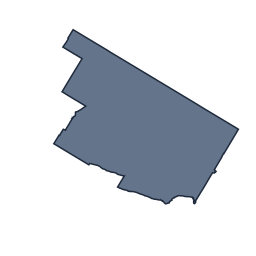 the district of Mount Remarkable, South Australia, Australia, rotated 301°
{"feature_id": "25037944B97955965068321", "entity_name": "Mount Remarkable", "entity_type": "district", "adm_level": 2, "iso_a3": "AUS", "parent_name": "Australia", "parent_adm1": "South Australia", "projection": "mercator", "projection_center": [138.036, -32.718], "detail": "fine", "context": "isolated", "style": "filled", "palette": "slate", "viewbox_px": 256, "rotation_deg": 301, "n_neighbors": 0, "source": "geoboundaries", "source_scale": "gbopen_adm2", "svg_char_len": 4645}
<svg xmlns="http://www.w3.org/2000/svg" viewBox="0 0 256 256"><g transform="rotate(301 128 128)"><path d="M76.3,72.5L76.3,113.4L77.9,113.4L80.4,121.7L80.4,121.9L80.4,122.1L80.5,123.6L80.5,123.8L80.4,124.2L80.1,126.4L80.0,126.9L80.0,127.1L80.1,127.5L80.5,129.2L80.6,129.6L80.6,129.9L80.6,130.2L80.5,131.0L80.4,131.3L80.4,131.6L80.5,131.8L80.5,132.1L80.6,132.3L81.1,133.6L81.2,134.0L81.3,134.2L81.3,134.4L81.3,135.4L81.4,135.6L81.4,135.9L83.0,139.8L83.1,140.1L83.2,140.4L83.2,140.7L83.0,142.9L83.0,143.2L83.1,143.4L84.5,148.4L84.8,148.9L85.1,149.5L72.0,149.5L72.1,150.1L72.1,150.7L72.2,151.4L72.3,151.8L72.2,152.1L72.2,152.3L72.4,152.7L72.5,153.4L72.5,153.6L72.6,153.8L72.6,154.6L72.8,155.4L72.9,155.7L73.0,155.8L72.9,156.0L73.1,156.5L73.3,157.2L73.6,157.8L73.8,158.1L73.8,158.4L73.9,158.6L74.0,159.3L74.0,159.6L73.9,160.5L74.1,161.3L74.2,161.5L74.3,161.5L74.7,161.9L74.9,162.2L74.9,162.3L74.8,162.2L74.6,162.0L74.6,162.3L74.7,162.6L74.9,163.0L75.0,163.2L75.1,163.3L75.3,163.6L75.5,163.9L75.6,164.2L75.7,164.3L75.9,164.7L76.0,164.9L76.3,165.7L76.6,166.5L76.8,167.1L77.0,167.9L77.1,168.4L77.2,168.8L77.3,169.6L77.5,170.0L77.5,170.5L77.6,171.1L77.6,171.6L77.6,171.9L77.6,172.0L77.7,172.3L77.9,172.8L78.0,173.6L78.2,174.0L78.2,174.3L78.3,174.6L78.3,174.8L78.4,175.0L78.5,175.5L78.6,175.9L78.6,176.8L78.6,177.0L78.6,177.5L78.7,177.8L78.8,178.0L79.1,178.8L79.3,179.7L79.5,180.2L79.5,180.8L79.5,181.3L79.6,181.7L79.6,182.0L79.8,182.7L79.8,183.5L79.7,184.0L79.8,184.6L79.8,184.8L80.1,185.4L80.2,185.6L80.2,185.9L80.3,186.3L80.5,187.0L80.6,187.3L80.7,187.5L81.0,188.3L81.6,189.4L81.7,189.7L81.7,190.1L81.9,190.3L82.0,190.6L82.1,191.1L82.2,191.3L82.2,191.5L82.3,191.7L82.6,192.1L82.9,192.8L83.0,193.0L83.3,193.0L83.2,193.3L83.1,193.5L83.1,194.1L83.0,194.5L83.0,194.9L83.0,195.0L83.3,194.9L83.5,194.9L83.5,195.0L83.4,195.4L83.2,195.8L83.1,196.1L83.0,196.4L82.9,196.8L82.9,197.0L82.9,197.3L82.7,197.5L82.5,197.8L82.5,198.1L82.5,198.4L82.4,198.7L82.3,199.0L82.4,199.3L82.8,199.8L83.0,200.0L83.3,200.2L83.6,200.5L83.9,200.7L84.1,200.9L84.2,201.0L84.3,201.0L84.5,201.2L84.6,201.4L84.8,201.6L84.9,201.8L85.2,201.9L85.3,201.9L85.5,201.8L85.7,201.7L85.8,201.7L86.1,201.5L86.4,201.6L87.1,201.9L87.4,202.1L87.5,202.2L87.8,202.2L88.3,202.5L88.7,202.6L88.8,202.7L89.0,202.3L89.2,202.2L89.4,202.2L89.5,202.3L89.8,202.3L90.0,202.4L90.5,202.7L90.8,202.8L91.3,203.0L91.6,203.3L92.0,203.6L92.1,203.4L92.3,203.4L92.6,203.6L93.0,203.9L93.2,204.1L93.3,204.2L94.1,204.7L94.2,204.9L94.3,204.9L94.4,205.0L94.5,205.1L94.7,205.3L95.0,205.6L94.8,205.4L94.7,205.2L94.9,205.4L95.0,205.4L95.2,205.5L95.3,205.5L95.5,205.7L95.7,205.8L96.0,206.2L96.2,206.5L96.3,206.7L96.5,207.0L96.6,207.3L96.8,207.6L97.0,208.2L97.1,208.3L97.4,208.7L97.5,208.9L97.5,209.0L97.7,209.4L98.1,210.1L98.2,210.3L98.4,211.0L98.6,211.8L98.6,212.1L99.3,213.4L99.4,213.7L99.8,214.2L100.0,214.7L100.1,215.0L100.3,215.3L100.5,215.7L100.7,216.0L101.1,216.8L101.2,217.1L101.3,217.6L101.4,218.0L101.5,218.4L101.6,218.6L101.8,218.7L101.9,218.9L101.9,219.2L101.9,219.5L101.9,219.8L101.7,220.1L101.6,220.3L101.4,220.3L101.2,220.1L100.9,220.0L100.8,220.5L100.9,220.8L100.8,221.0L100.7,221.0L100.4,221.1L100.1,221.4L99.9,221.5L99.8,221.9L100.0,222.2L100.2,222.5L100.5,222.8L100.3,222.8L100.1,222.8L99.9,222.7L99.7,222.4L99.2,222.3L99.0,222.2L98.8,222.1L98.7,222.1L98.4,222.3L98.0,222.6L97.8,222.8L97.5,223.0L97.4,223.1L97.4,223.4L97.5,223.7L97.5,223.8L97.4,223.9L97.5,224.0L97.9,224.0L98.1,224.1L98.5,224.3L98.9,224.3L99.2,224.2L99.4,224.1L99.5,224.0L99.7,223.9L99.5,223.7L99.7,223.4L99.8,223.4L99.9,223.2L100.0,223.2L100.0,223.3L100.4,223.5L100.5,223.5L101.5,223.5L102.4,223.5L110.2,223.5L113.9,223.6L119.2,223.6L126.4,223.5L133.2,223.5L134.0,225.3L135.3,225.3L135.3,225.8L136.2,225.8L136.2,224.3L136.7,224.1L136.7,223.5L151.7,223.4L152.7,223.1L153.2,223.1L153.3,223.1L153.8,223.2L154.1,223.2L155.4,223.0L155.4,223.4L155.5,223.4L183.8,223.3L183.8,202.3L183.8,199.7L183.8,194.8L183.8,194.0L183.8,193.7L183.8,185.0L183.8,182.0L183.9,167.4L183.9,158.8L183.9,155.2L183.9,130.4L183.9,130.2L183.9,127.6L183.9,109.5L183.9,97.2L183.9,72.5L184.0,72.4L184.0,58.5L184.0,56.5L184.0,30.3L174.1,30.2L173.8,30.9L173.7,30.9L169.8,30.9L168.6,30.8L163.8,30.5L163.8,41.2L163.8,42.6L163.7,43.2L163.8,43.4L163.8,52.9L160.4,52.9L142.8,52.8L125.1,52.8L125.0,64.8L125.0,80.5L119.8,78.2L118.6,77.6L118.3,77.4L115.8,76.0L114.7,74.8L114.1,75.0L113.6,75.4L112.3,76.0L112.0,76.2L110.8,76.4L110.4,76.1L109.8,75.4L108.1,75.5L108.1,75.4L108.0,75.5L107.9,75.4L107.6,75.4L107.2,75.0L107.0,75.4L94.2,75.4L94.2,75.5L93.9,75.5L93.9,75.3L94.0,75.3L93.6,73.2L88.3,73.1L86.3,73.2L86.3,72.6L76.3,72.5Z" fill="#64748b" stroke="#1e293b" stroke-width="1.5"/></g></svg>